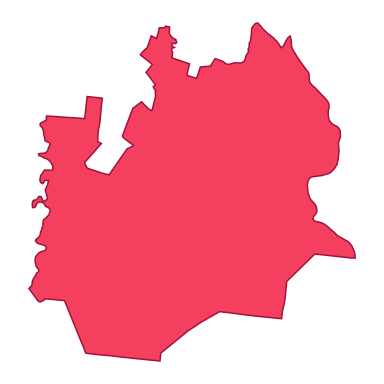 Frontera Hidalgo, Chiapas, Mexico (Mercator projection)
{"feature_id": "50627088B52793228533805", "entity_name": "Frontera Hidalgo", "entity_type": "district", "adm_level": 2, "iso_a3": "MEX", "parent_name": "Mexico", "parent_adm1": "Chiapas", "projection": "mercator", "projection_center": [-92.233, 14.753], "detail": "fine", "context": "isolated", "style": "filled", "palette": "rose", "viewbox_px": 384, "rotation_deg": 0, "n_neighbors": 0, "source": "geoboundaries", "source_scale": "gbopen_adm2", "svg_char_len": 5717}
<svg xmlns="http://www.w3.org/2000/svg" viewBox="0 0 384 384"><path d="M46.5,116.0L46.3,118.3L46.4,118.9L46.4,119.6L46.1,120.1L45.4,120.5L43.8,121.4L43.1,121.9L41.8,122.4L41.2,122.7L40.4,123.5L40.0,124.3L40.1,124.8L40.4,125.7L40.8,126.1L41.0,126.5L42.0,127.4L42.3,127.9L42.6,128.6L42.8,129.2L43.1,129.8L43.2,130.3L43.3,131.1L43.4,131.8L43.7,132.6L43.6,133.1L43.9,134.1L43.8,134.8L43.9,135.3L44.6,137.6L44.6,138.1L44.7,138.7L45.0,139.0L44.9,139.6L45.1,140.8L45.5,141.1L46.6,141.5L47.0,141.8L47.9,142.1L48.4,142.3L48.8,142.5L49.3,142.7L49.7,142.9L50.0,143.2L50.2,143.6L50.2,144.0L49.9,144.5L49.8,145.0L49.3,146.2L48.8,147.1L48.2,148.5L47.9,149.6L47.5,150.7L47.1,151.3L46.2,152.3L45.7,152.7L45.1,152.9L44.3,153.0L43.6,153.2L40.8,153.4L39.8,153.5L38.8,153.7L38.5,154.1L38.5,154.5L38.8,155.3L39.3,155.8L39.9,155.9L41.3,156.3L41.9,156.6L42.4,156.9L43.5,157.7L43.9,157.8L44.3,158.0L44.9,158.2L45.8,158.6L46.3,158.7L46.7,158.8L47.1,159.0L47.8,159.5L48.4,160.0L49.0,160.4L49.3,160.6L49.7,160.9L50.1,161.4L50.3,161.8L50.6,162.2L51.3,163.2L51.5,163.8L51.8,164.3L52.3,164.7L52.5,165.5L52.9,166.2L52.7,169.4L51.4,170.5L48.9,170.0L46.7,170.2L44.7,169.9L40.8,175.4L39.8,179.8L40.6,182.5L42.8,183.7L45.0,180.5L48.5,180.2L47.6,184.8L45.2,189.8L47.5,198.2L47.4,198.6L46.3,199.9L45.6,200.3L44.2,201.2L43.4,201.2L43.1,200.8L42.8,200.5L42.5,199.9L42.3,199.4L42.2,198.9L42.1,198.6L41.7,198.2L41.4,196.9L41.0,196.6L39.7,196.3L39.1,196.5L38.4,196.9L38.1,198.2L37.5,198.7L36.9,199.1L36.5,199.5L35.6,200.2L34.5,200.0L33.5,200.4L32.9,201.1L32.6,201.8L32.4,202.6L32.3,204.0L32.3,205.5L32.4,206.8L32.7,207.6L33.5,207.6L34.4,207.6L35.1,207.0L35.8,206.0L37.1,203.2L38.1,202.4L39.7,202.1L40.6,202.0L42.2,202.4L43.8,203.4L44.8,204.8L45.0,205.8L45.8,206.5L48.3,207.5L49.0,208.2L49.7,208.8L49.9,209.5L50.2,211.2L50.0,212.0L49.5,212.4L49.4,213.8L48.6,215.0L47.7,216.1L45.2,218.6L44.6,219.1L43.8,219.5L43.2,220.5L43.3,221.6L43.1,222.6L42.9,223.2L43.0,224.4L42.9,225.2L43.0,225.9L42.3,227.0L41.8,228.1L41.8,229.2L41.3,230.5L41.0,231.0L40.6,231.8L40.5,232.7L40.4,233.4L40.3,234.0L40.2,234.6L39.8,235.4L39.5,236.1L39.2,236.8L38.4,237.4L38.0,237.9L37.2,238.4L35.7,239.8L35.5,240.7L35.5,241.1L36.2,241.7L36.7,242.3L37.3,243.1L38.5,243.7L40.2,244.2L41.8,244.6L44.1,245.4L45.2,245.8L46.0,246.8L46.2,248.1L45.8,249.3L45.3,250.1L43.5,251.1L41.6,251.4L40.3,252.0L39.5,252.6L38.8,252.8L38.5,253.6L38.0,253.9L36.8,255.1L36.4,255.8L35.9,256.3L35.6,256.8L35.5,257.6L35.2,258.7L35.3,259.6L35.0,260.5L35.1,261.5L35.5,263.7L35.9,264.7L36.1,266.1L36.9,267.5L38.4,269.2L38.7,270.1L38.8,270.8L38.6,271.5L38.2,272.0L37.5,272.5L37.3,273.0L36.6,273.1L36.2,274.0L35.9,274.8L34.5,277.1L34.1,277.6L33.3,279.0L32.9,280.1L32.5,280.8L32.1,282.6L32.2,283.7L31.9,284.5L31.8,285.6L29.9,287.4L28.9,288.5L37.8,300.6L38.6,301.4L39.1,301.7L40.2,301.9L41.2,301.5L42.5,300.9L42.9,300.6L44.1,300.1L44.9,299.4L45.4,298.8L64.5,300.6L77.3,332.2L83.3,346.8L85.8,353.2L96.4,354.5L111.0,355.8L122.0,357.2L148.6,359.9L160.0,361.0L160.8,353.1L183.1,334.9L187.3,331.4L201.1,322.2L219.6,311.6L253.0,315.8L263.6,316.9L281.6,318.7L282.3,311.9L284.6,301.9L285.5,294.8L286.7,281.5L292.8,275.5L308.7,260.0L314.8,254.0L350.5,257.9L355.1,258.1L355.0,254.8L354.5,252.1L351.8,245.9L350.6,244.2L348.5,241.8L339.7,236.9L337.5,235.7L334.5,232.6L330.4,229.1L328.5,227.3L324.6,224.3L321.4,222.7L318.1,221.8L316.3,221.6L314.6,220.9L313.4,219.7L313.1,218.1L313.6,216.6L316.0,213.5L316.6,212.4L316.9,211.6L316.8,209.2L316.2,206.2L314.5,203.7L310.3,199.1L308.0,192.7L307.3,184.8L307.7,182.5L308.1,180.7L309.9,178.1L311.7,176.9L316.4,176.2L321.7,175.6L329.7,173.2L332.1,171.1L334.7,168.2L336.8,164.9L337.7,161.4L338.4,157.6L339.0,150.6L338.4,142.9L340.2,137.5L340.4,135.1L340.1,130.5L338.6,128.1L337.4,126.7L334.1,125.0L331.7,123.4L329.9,121.2L328.7,118.9L328.2,114.2L328.3,111.1L329.0,108.0L329.0,104.5L328.6,103.2L328.1,102.1L326.0,99.2L315.1,87.8L311.8,84.9L310.1,82.8L309.4,80.6L309.1,76.7L309.1,74.2L308.2,72.0L307.0,70.8L304.1,66.7L298.4,58.8L293.0,50.0L292.1,48.2L291.5,45.9L291.2,40.0L290.1,36.0L288.5,37.2L287.4,38.5L286.3,40.2L284.8,43.2L283.4,46.0L281.2,47.8L278.7,43.8L276.7,41.1L274.9,39.5L273.0,37.4L271.6,36.6L269.8,34.8L267.6,33.6L266.9,32.6L264.1,30.0L262.5,28.4L261.2,26.6L259.9,25.3L258.3,23.3L256.6,23.0L255.5,23.5L254.2,24.8L251.9,27.8L251.5,31.2L251.4,33.4L250.5,41.0L249.1,43.5L249.3,45.4L249.0,47.1L248.1,49.2L248.5,50.9L247.8,53.1L246.4,55.1L245.8,56.4L245.4,58.5L244.4,60.9L242.2,62.6L240.2,63.0L237.7,62.9L234.7,62.8L231.9,63.6L228.9,64.3L226.3,64.1L223.1,61.5L215.1,58.6L210.3,66.2L200.4,66.9L196.6,78.4L186.8,75.3L189.5,63.8L172.0,57.9L172.7,52.3L171.9,51.6L171.8,48.4L174.3,47.5L172.1,46.3L172.0,43.6L175.0,43.6L176.8,42.6L175.7,39.4L173.1,38.4L171.2,36.3L169.3,33.6L169.5,29.8L169.6,26.9L166.8,26.6L165.8,26.0L164.3,27.9L159.3,27.8L158.5,31.2L158.2,33.0L157.3,35.5L156.6,38.5L151.3,35.8L147.2,47.8L145.2,49.3L143.4,51.0L142.1,52.7L140.3,54.8L152.3,64.4L151.0,66.2L146.0,72.4L147.1,73.5L148.1,74.9L155.4,84.9L155.1,85.2L154.0,85.9L153.2,86.8L155.0,90.2L155.9,91.0L155.1,92.9L155.5,94.1L155.5,95.7L155.6,95.8L155.5,96.6L153.8,103.1L152.4,109.3L151.6,110.7L148.3,108.7L147.9,108.3L141.6,101.8L140.8,102.4L132.8,108.3L132.3,109.9L131.3,112.2L129.5,117.2L127.5,122.4L123.4,133.3L122.6,135.2L122.4,135.7L123.1,137.5L133.5,145.5L132.6,146.2L127.2,148.8L126.9,149.1L122.7,155.2L120.8,157.8L118.9,160.6L111.1,171.8L109.0,174.9L101.2,172.9L100.4,172.5L91.6,169.6L90.4,169.3L87.7,168.3L86.7,167.3L84.7,163.0L84.8,162.3L86.7,160.2L90.4,156.0L94.2,151.8L98.6,146.6L101.4,143.5L97.7,141.6L97.9,135.8L98.5,129.2L99.6,124.2L100.2,119.5L100.5,115.7L101.5,104.8L102.4,98.2L87.1,96.5L85.0,115.8L84.7,118.6L73.8,117.8L62.7,117.1L52.0,116.3L46.5,116.0Z" fill="#f43f5e" stroke="#9f1239" stroke-width="1.5"/></svg>